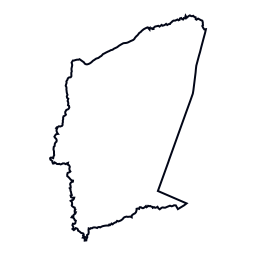 the district of Dom Aquino, Mato Grosso, Brazil
{"feature_id": "56859067B91387591402310", "entity_name": "Dom Aquino", "entity_type": "district", "adm_level": 2, "iso_a3": "BRA", "parent_name": "Brazil", "parent_adm1": "Mato Grosso", "projection": "natural_earth1", "projection_center": [-54.834, -15.673], "detail": "fine", "context": "isolated", "style": "outline", "palette": "ink", "viewbox_px": 256, "rotation_deg": 0, "n_neighbors": 0, "source": "geoboundaries", "source_scale": "gbopen_adm2", "svg_char_len": 4884}
<svg xmlns="http://www.w3.org/2000/svg" viewBox="0 0 256 256"><path d="M149.6,28.1L148.5,27.7L147.4,27.4L146.1,28.0L144.9,28.6L143.8,29.2L142.9,29.9L141.8,30.8L140.6,32.1L139.3,32.9L138.2,34.4L137.3,35.5L136.5,36.1L135.7,37.0L135.0,37.8L134.4,38.9L133.3,39.9L132.0,40.5L130.8,41.0L130.0,41.4L129.0,41.9L128.0,42.4L126.8,42.8L125.5,43.0L124.2,43.1L123.2,43.3L121.4,44.3L120.2,45.0L118.9,45.8L117.3,47.1L116.1,47.7L114.6,48.4L113.6,48.9L112.8,49.6L111.7,50.0L110.7,50.2L109.9,50.7L108.9,51.2L107.9,51.6L105.7,52.7L104.3,53.5L103.1,54.0L101.4,55.9L99.7,56.9L98.5,57.9L97.2,58.3L96.2,58.6L95.3,59.2L94.5,59.8L92.9,60.8L91.9,61.8L90.7,62.8L89.6,63.5L88.5,64.0L87.4,64.3L86.1,64.3L84.7,63.6L84.0,62.4L79.5,59.2L78.5,59.7L76.9,59.7L75.6,60.0L74.1,60.5L72.9,60.5L71.6,62.6L72.1,64.3L72.2,65.3L71.9,66.8L71.5,68.4L71.5,70.0L71.8,71.2L71.3,72.8L71.3,74.0L71.4,75.2L71.3,76.5L70.6,77.3L69.1,77.4L67.8,78.4L67.5,79.7L66.9,80.5L66.4,81.4L66.6,82.8L66.1,84.4L65.7,85.8L66.4,87.1L66.5,88.2L66.4,89.3L66.6,90.9L66.7,92.1L67.0,93.5L67.5,94.9L66.8,96.3L67.1,97.8L68.3,98.7L68.0,99.7L67.6,101.0L68.1,101.9L68.3,103.6L68.0,105.2L69.0,105.9L69.3,107.5L68.7,108.7L67.8,109.4L66.4,109.9L65.9,110.8L65.3,111.7L65.2,113.0L65.9,114.7L64.6,115.8L63.5,116.3L63.1,117.8L63.2,119.1L62.8,120.5L62.9,122.1L62.5,123.7L62.6,124.9L62.1,125.8L60.4,126.5L58.8,126.3L57.8,127.0L56.8,127.3L56.2,128.1L57.1,128.5L56.5,129.9L56.6,131.2L57.2,132.8L58.0,133.9L56.9,134.0L55.9,134.4L55.1,135.5L54.4,136.7L55.1,137.8L56.2,138.9L56.7,140.2L56.5,141.6L55.4,142.6L54.8,143.9L54.7,145.0L54.6,146.1L53.8,146.8L53.6,148.1L53.5,149.5L54.0,151.3L54.0,152.7L54.0,154.0L54.2,155.1L53.5,156.5L53.2,158.1L52.0,157.7L50.8,157.6L50.1,158.2L50.4,159.6L51.4,160.3L52.4,161.2L52.5,162.6L53.1,163.6L54.0,163.4L54.6,162.4L55.7,163.0L56.8,163.9L58.2,164.1L59.2,163.8L60.4,164.4L61.6,164.1L62.8,163.4L64.2,163.4L65.6,164.1L66.8,163.4L68.0,162.9L67.7,164.6L69.1,165.3L69.8,166.8L69.3,168.8L69.6,170.2L70.4,171.5L69.6,172.2L68.6,172.5L67.6,173.0L67.2,174.7L67.3,176.2L68.4,177.0L69.7,178.4L70.6,179.5L71.8,180.4L73.0,180.6L72.9,181.7L71.7,182.0L70.8,182.7L70.1,184.1L70.6,186.0L70.7,187.7L69.7,188.2L70.5,189.5L70.5,190.8L71.0,191.9L71.2,193.4L71.8,195.0L70.6,195.5L71.1,197.2L72.3,197.7L73.2,197.7L74.2,197.7L73.9,198.8L72.9,200.0L71.7,200.3L70.7,200.9L71.8,201.8L72.1,203.2L72.1,204.3L71.7,205.3L72.2,206.2L73.3,207.0L74.7,207.6L74.7,208.8L75.4,209.4L74.6,210.9L74.8,212.3L75.8,212.3L75.3,213.6L74.2,214.4L73.5,215.1L73.4,216.2L72.2,216.3L71.6,217.3L72.8,217.5L74.0,218.4L74.6,219.9L75.8,220.7L75.5,222.1L75.2,223.4L74.3,223.9L72.9,223.7L72.4,225.2L73.3,226.8L73.4,228.3L72.5,229.0L73.8,230.1L74.8,229.4L75.7,228.1L76.9,228.5L77.8,229.3L78.1,230.7L79.4,231.4L81.1,232.9L82.4,233.2L83.3,233.5L83.7,234.5L83.0,235.5L83.5,236.8L84.4,236.5L85.2,237.1L83.9,237.8L84.7,238.9L84.7,240.6L86.3,240.4L86.5,238.9L87.3,237.2L87.0,235.1L88.3,234.2L88.7,232.6L88.6,231.1L88.5,229.8L88.7,228.4L90.0,228.9L90.9,228.1L91.9,228.3L93.2,227.5L94.7,227.4L96.1,227.6L97.1,228.0L98.1,227.2L99.2,227.0L100.2,227.4L101.4,226.7L102.6,226.2L104.4,225.8L105.7,225.6L107.3,225.5L108.5,225.5L109.2,224.6L109.9,225.2L110.9,224.4L111.5,223.6L112.6,224.3L113.5,223.4L114.9,222.6L116.0,222.3L117.1,220.9L118.3,221.4L119.3,221.1L120.9,220.4L122.3,219.4L123.0,218.7L123.7,217.7L125.0,217.0L126.6,216.6L127.8,216.9L129.3,216.7L130.5,216.7L131.7,217.3L131.7,215.7L132.5,214.8L133.5,214.1L134.9,213.4L135.9,212.3L136.5,210.5L136.6,208.8L138.0,208.5L139.1,208.9L139.7,207.3L140.8,207.2L142.3,208.1L143.3,208.1L144.5,207.4L145.9,206.1L146.5,207.2L147.5,206.6L148.1,205.8L149.3,206.2L150.2,206.0L151.3,206.6L152.4,206.9L152.8,207.8L154.0,207.1L155.1,207.8L156.6,207.4L157.5,206.8L158.5,208.4L159.7,209.3L161.7,207.7L162.9,207.4L164.0,207.7L165.2,207.7L167.5,206.7L170.0,205.7L171.6,206.3L172.7,206.0L174.0,205.3L175.8,205.4L177.9,209.1L184.0,205.4L186.6,203.4L157.9,191.0L159.6,186.3L168.4,161.9L169.2,159.5L176.8,138.3L185.8,113.2L190.3,100.8L192.8,93.7L193.1,92.0L193.4,90.2L195.6,72.5L195.9,69.1L196.3,65.7L198.3,58.2L198.7,56.7L199.1,55.2L200.0,52.2L201.3,47.0L203.5,38.7L205.1,32.8L205.9,29.2L204.3,29.4L203.4,28.2L202.3,26.0L203.0,25.2L202.8,24.0L202.8,22.3L202.3,20.7L200.6,20.0L199.2,19.2L198.1,18.6L196.5,19.7L195.7,19.2L195.6,17.3L194.3,16.9L193.2,15.8L192.2,16.2L191.1,16.1L189.9,15.4L189.1,15.8L188.0,16.6L186.9,17.6L186.1,16.7L185.6,15.8L185.3,16.9L185.4,18.4L183.8,18.1L183.1,19.5L182.2,19.2L181.2,18.0L179.9,18.5L179.6,19.8L178.5,20.3L177.5,19.5L176.4,20.0L175.2,20.6L173.5,20.6L172.3,21.4L171.4,22.4L170.5,23.0L170.0,24.0L168.5,24.2L167.2,25.0L166.1,23.9L165.0,24.8L163.7,25.4L162.4,25.7L161.7,24.9L160.6,25.7L159.5,26.6L158.3,25.8L156.8,26.2L155.2,26.5L154.1,27.4L153.4,28.0L153.5,29.0L152.4,29.1L151.6,28.2L150.6,28.4L149.6,28.1ZM149.6,28.1L149.5,29.5L148.8,28.7L149.6,28.1ZM83.9,237.8L83.5,236.8L82.9,237.6L83.9,237.8Z" fill="none" stroke="#020617" stroke-width="2"/></svg>